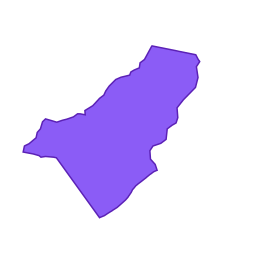 outline of Lamaze, Choiseul, Saint Lucia, rotated 53°
{"feature_id": "8701671B134536261517", "entity_name": "Lamaze", "entity_type": "district", "adm_level": 2, "iso_a3": "LCA", "parent_name": "Saint Lucia", "parent_adm1": "Choiseul", "projection": "orthographic", "projection_center": [-61.019, 13.807], "detail": "fine", "context": "isolated", "style": "filled", "palette": "violet", "viewbox_px": 256, "rotation_deg": 53, "n_neighbors": 0, "source": "geoboundaries", "source_scale": "gbopen_adm2", "svg_char_len": 1490}
<svg xmlns="http://www.w3.org/2000/svg" viewBox="0 0 256 256"><g transform="rotate(53 128 128)"><path d="M118.0,30.7L115.6,30.7L110.3,29.8L76.9,59.4L76.9,59.7L83.2,73.6L83.2,79.1L86.8,82.8L86.4,84.3L85.4,88.3L85.0,92.0L86.3,94.1L86.8,94.8L85.0,99.0L83.2,103.1L81.9,108.6L83.2,117.8L85.0,123.4L87.2,127.5L87.2,133.0L87.5,134.3L89.0,142.7L88.6,146.9L88.1,151.9L90.4,153.4L91.7,154.2L90.2,155.6L88.1,157.5L87.1,158.7L86.3,159.8L86.3,164.8L85.4,167.6L84.5,170.4L84.1,171.6L83.1,174.0L82.3,175.9L80.5,181.4L76.0,184.7L71.1,188.4L71.6,192.5L76.0,198.5L76.9,203.1L80.5,207.3L81.0,216.5L80.1,221.1L80.1,221.6L84.1,226.2L91.7,219.3L96.6,215.6L98.9,215.1L101.1,211.0L106.5,205.0L108.7,203.1L182.5,204.7L182.6,204.1L183.2,201.8L183.4,201.0L183.7,200.0L183.8,199.3L183.9,197.6L183.9,197.4L184.0,195.8L184.1,194.5L184.2,193.6L184.3,192.3L184.4,191.5L184.5,190.5L184.5,189.4L184.9,184.5L184.6,180.3L184.0,173.3L183.2,169.5L182.7,168.3L182.3,166.9L181.8,165.6L181.4,164.3L181.0,163.5L179.9,161.4L179.9,161.1L179.6,159.6L179.1,157.6L178.8,156.4L178.8,156.2L178.8,154.8L178.7,153.6L178.7,152.7L178.7,150.6L178.7,149.5L178.6,145.1L178.6,143.6L178.5,142.8L178.3,138.4L178.4,137.5L178.4,135.2L178.4,133.8L178.7,132.5L178.9,131.6L179.1,130.8L179.3,130.2L173.4,128.2L166.4,128.8L159.3,124.2L157.4,118.9L160.0,111.0L160.0,104.4L152.3,97.2L152.3,91.2L152.9,86.6L149.7,82.0L141.4,76.7L138.8,66.8L136.2,49.7L129.8,41.7L120.2,36.5L118.3,31.2L118.0,30.7Z" fill="#8b5cf6" stroke="#5b21b6" stroke-width="1.5"/></g></svg>